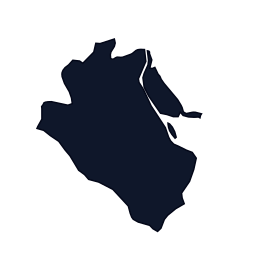 the border of Lisboa, rotated 299°
{"feature_id": "PRT-746", "entity_name": "Lisboa", "entity_type": "District", "adm_level": 1, "iso_a3": "PRT", "parent_name": "Portugal", "parent_adm1": "", "projection": "robinson", "projection_center": [-9.064, 38.994], "detail": "fine", "context": "isolated", "style": "filled", "palette": "ink", "viewbox_px": 256, "rotation_deg": 299, "n_neighbors": 0, "source": "natural_earth", "source_scale": "10m", "svg_char_len": 1752}
<svg xmlns="http://www.w3.org/2000/svg" viewBox="0 0 256 256"><g transform="rotate(299 128 128)"><path d="M204.6,104.4L194.9,111.3L176.1,113.2L173.2,115.5L169.0,123.1L158.5,137.5L146.4,160.5L139.7,167.9L137.4,171.4L136.0,175.8L136.5,180.8L136.9,189.7L137.8,196.0L134.7,202.3L123.6,205.6L111.2,207.7L97.0,206.4L93.0,209.3L89.0,213.9L80.5,208.8L70.9,205.0L65.6,204.1L56.3,205.4L51.9,204.0L52.0,198.7L53.4,194.2L50.7,182.6L50.7,176.9L51.9,174.4L54.5,171.3L59.9,166.1L67.0,144.5L66.5,128.5L64.0,118.5L66.2,112.6L67.1,105.4L75.6,90.7L78.3,83.6L82.8,73.9L83.7,63.8L85.1,55.4L83.5,48.6L85.6,48.4L94.0,48.4L103.2,43.3L104.9,42.1L107.8,42.5L108.9,42.2L110.4,43.1L112.1,45.3L113.9,48.3L118.8,64.4L122.3,67.5L126.9,64.0L131.3,59.1L136.3,50.8L141.0,45.5L143.1,44.1L144.6,43.5L147.1,43.2L150.3,43.7L154.4,45.5L160.5,46.9L163.1,53.2L162.7,57.1L177.8,61.3L186.5,58.8L188.3,62.7L199.2,72.9L196.1,75.6L192.7,76.5L186.2,76.2L183.6,77.0L180.4,79.1L180.4,80.7L181.5,82.1L183.3,83.0L184.7,84.1L186.3,87.5L187.4,89.1L193.7,94.6L195.1,95.6L199.6,97.4L201.0,98.4L201.9,99.5L202.8,100.8L204.6,104.4ZM171.8,186.0L171.8,184.3L169.6,180.8L167.0,175.5L165.7,170.1L167.3,166.0L162.2,166.3L159.9,162.1L158.7,155.6L156.7,149.3L166.0,130.6L171.6,122.3L179.2,116.7L183.6,115.7L192.9,114.9L197.1,113.2L204.9,107.6L205.3,109.0L204.8,110.0L203.5,110.7L199.1,115.8L191.0,118.0L191.7,120.3L194.0,122.1L189.7,128.1L188.7,130.8L186.6,133.5L184.4,138.0L176.9,157.5L173.6,163.3L172.1,165.4L168.9,168.6L168.8,171.9L172.7,176.4L173.5,177.5L174.4,179.3L176.0,185.4L174.2,185.3L171.8,186.0ZM150.3,161.5L151.6,160.7L151.7,162.4L150.2,166.4L147.3,170.7L143.3,174.6L141.9,174.1L143.7,169.5L145.9,165.6L148.3,163.1L149.7,162.0L150.3,161.5Z" fill="#0f172a" stroke="#020617" stroke-width="1.5"/></g></svg>